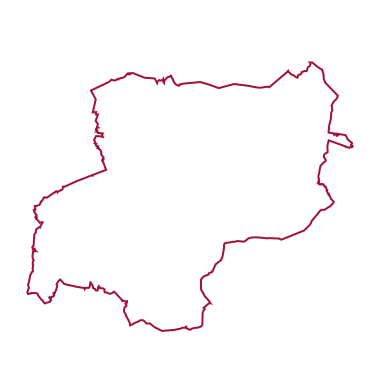 Zitácuaro, Michoacán, Mexico, rotated 6°
{"feature_id": "50627088B99906362708440", "entity_name": "Zitácuaro", "entity_type": "district", "adm_level": 2, "iso_a3": "MEX", "parent_name": "Mexico", "parent_adm1": "Michoacán", "projection": "robinson", "projection_center": [-100.356, 19.436], "detail": "fine", "context": "isolated", "style": "outline", "palette": "rose", "viewbox_px": 384, "rotation_deg": 6, "n_neighbors": 0, "source": "geoboundaries", "source_scale": "gbopen_adm2", "svg_char_len": 5885}
<svg xmlns="http://www.w3.org/2000/svg" viewBox="0 0 384 384"><g transform="rotate(6 192 192)"><path d="M285.8,230.1L307.5,218.6L312.7,212.3L313.6,210.4L314.0,208.4L320.9,198.1L321.5,197.0L322.9,196.1L325.3,195.9L326.3,195.3L331.4,191.2L333.8,188.0L333.9,186.8L330.9,184.2L328.3,179.6L328.4,180.9L328.0,180.6L327.9,179.4L328.2,179.4L328.1,179.2L327.3,179.2L325.8,176.6L326.4,176.2L326.2,175.8L325.7,175.6L324.7,173.7L324.7,173.3L324.4,173.4L324.1,173.2L323.0,172.0L322.9,172.2L322.3,171.7L322.5,171.4L322.0,171.0L321.9,170.7L321.1,170.4L319.8,170.6L319.7,170.9L319.0,171.1L317.4,170.9L317.1,170.1L317.4,169.8L317.1,169.6L317.3,168.2L317.7,167.4L316.7,168.4L317.1,167.0L317.8,166.6L316.8,166.9L316.8,165.3L316.5,165.2L316.0,163.2L316.6,159.3L316.5,157.8L317.1,152.4L320.1,148.6L321.3,147.7L321.7,146.5L321.1,145.2L319.4,143.5L319.4,141.6L320.0,140.3L322.7,138.3L321.9,132.6L321.9,131.0L322.6,126.4L340.4,130.7L340.5,131.3L342.6,131.3L343.9,131.6L344.1,131.2L346.3,130.8L347.0,130.0L346.9,129.5L346.5,129.2L345.7,128.9L345.5,129.3L345.1,128.8L346.1,126.6L341.5,123.5L338.8,119.4L330.3,118.9L331.1,120.5L330.2,121.0L327.8,118.9L327.3,119.3L327.1,120.1L326.0,118.8L321.6,118.6L321.5,112.6L321.8,108.4L322.4,105.9L322.2,98.5L323.0,96.2L322.4,93.5L321.7,91.4L323.5,87.2L326.0,84.3L327.1,81.1L313.0,69.2L310.9,64.9L311.0,63.6L310.2,60.6L308.7,56.7L306.8,56.0L303.4,54.2L298.2,50.7L295.7,50.8L296.0,51.1L296.4,52.7L295.9,54.3L295.4,55.0L294.4,55.6L293.7,57.7L293.6,59.2L293.3,59.7L292.8,60.1L291.9,59.8L291.2,59.9L288.5,61.4L288.3,62.9L287.6,63.8L285.7,64.3L284.9,67.3L283.0,66.7L281.0,65.4L278.7,64.9L277.7,64.2L276.8,63.1L275.2,62.4L274.9,61.5L273.7,63.1L257.9,79.7L256.4,79.3L248.9,81.2L244.3,81.2L237.5,80.5L222.6,80.2L207.8,85.9L197.7,83.4L188.7,81.8L172.2,85.1L168.5,86.3L168.3,87.3L167.9,87.8L164.8,86.7L162.9,85.2L162.7,84.4L161.6,83.2L161.1,81.6L160.2,81.0L159.0,78.5L158.6,78.6L157.5,79.8L155.5,80.5L153.5,83.3L152.6,85.4L152.8,86.4L151.9,85.6L151.5,82.7L150.7,84.1L149.5,84.2L148.9,84.5L148.0,84.1L147.6,84.2L146.2,85.9L146.0,87.3L143.0,83.0L132.8,83.3L120.4,79.8L119.0,80.5L118.6,80.9L118.3,80.9L117.7,80.1L117.4,80.1L117.2,80.6L117.4,81.5L116.6,81.6L115.5,80.9L115.2,81.0L114.4,82.7L112.6,84.8L111.7,85.3L106.8,87.2L106.9,87.7L105.7,87.7L103.9,89.2L100.0,88.8L99.5,89.2L99.1,90.2L96.3,92.2L80.9,101.6L86.6,109.9L85.0,123.2L88.2,122.5L88.3,124.9L90.4,124.7L89.7,127.1L88.8,131.4L91.3,134.1L90.7,137.4L91.8,137.8L90.7,138.2L90.1,138.9L89.8,140.1L90.8,140.0L91.2,141.7L91.0,141.9L91.8,141.8L92.1,143.1L97.1,143.1L96.7,143.9L96.9,144.5L96.6,144.8L97.6,146.6L94.7,146.2L90.8,146.4L89.2,150.3L90.0,151.6L89.9,151.8L90.7,153.6L90.5,153.8L91.7,153.9L91.4,154.6L91.5,155.6L92.2,155.8L92.3,156.4L93.9,156.4L93.4,158.2L94.7,158.2L94.8,158.9L96.4,159.7L96.9,160.7L97.3,161.0L97.7,162.4L97.7,163.6L97.9,164.2L99.7,166.3L100.3,166.6L100.6,168.7L99.7,168.7L99.9,169.9L99.4,170.1L99.9,171.0L100.4,171.2L104.2,179.0L91.5,185.4L91.6,186.0L90.8,185.8L76.7,193.0L64.4,200.2L63.1,200.1L62.9,200.6L63.1,202.4L62.3,203.7L60.5,204.3L59.8,205.2L58.9,205.3L58.4,206.2L58.2,205.8L57.3,205.8L56.8,205.4L55.5,207.0L55.1,206.9L52.6,209.0L48.3,212.8L45.3,212.8L44.9,214.0L44.6,214.4L44.4,215.5L42.6,217.6L42.9,218.1L42.4,218.6L42.0,220.1L41.6,220.7L40.6,221.4L37.1,222.5L37.7,223.8L37.4,225.5L37.0,225.9L37.9,225.9L37.0,228.1L39.2,230.8L39.6,230.8L39.9,231.6L38.8,233.4L39.3,233.8L39.6,234.6L40.1,234.3L39.9,235.0L41.4,236.0L43.8,238.5L45.5,237.8L46.7,237.8L44.8,241.8L44.7,243.2L43.5,243.2L41.1,245.2L40.7,247.6L41.0,248.4L39.6,250.7L40.1,261.9L39.3,262.5L39.0,263.9L39.6,264.3L39.7,265.6L41.1,265.0L41.0,265.9L42.0,266.0L42.2,266.6L42.9,267.1L42.1,267.1L41.0,267.8L40.1,268.0L40.1,272.8L40.6,274.3L40.6,275.1L41.8,276.6L41.2,277.6L40.9,278.7L41.2,279.2L41.2,280.9L41.7,281.1L41.5,285.0L42.2,287.4L41.2,288.3L39.8,291.9L39.3,297.8L38.6,301.5L39.9,304.6L39.3,305.9L38.7,309.1L39.6,310.6L40.5,310.4L41.7,309.6L42.5,309.8L43.1,309.2L46.7,308.9L48.8,309.1L49.9,311.1L53.5,314.8L54.4,315.3L57.0,318.2L62.3,316.0L62.5,315.1L63.2,314.5L61.1,311.9L61.3,311.4L63.1,311.9L63.5,310.8L64.7,310.6L65.3,309.8L65.7,308.7L64.8,307.7L64.8,306.9L65.9,307.0L66.2,306.7L66.5,305.0L67.2,303.5L67.3,301.8L67.8,300.3L67.6,298.9L66.9,298.1L68.1,295.2L70.1,292.8L74.7,296.9L86.7,298.3L95.3,298.8L95.5,299.8L96.4,298.4L99.4,298.1L99.8,297.7L100.1,296.7L100.5,293.9L100.1,291.8L102.9,295.5L103.4,296.4L103.7,297.9L105.7,298.6L106.1,299.5L106.7,299.9L108.3,299.9L108.5,296.8L109.0,295.8L109.5,297.1L110.1,296.4L110.7,297.2L113.8,297.2L115.3,298.1L115.2,299.8L115.4,300.5L115.9,300.9L116.5,301.1L117.5,300.8L120.6,301.8L121.2,301.8L123.0,301.0L124.5,299.5L125.1,299.3L134.0,307.0L133.8,307.3L134.1,307.8L135.5,307.4L137.5,307.8L138.8,307.3L139.0,308.0L138.6,309.3L138.3,309.8L137.6,310.2L138.5,311.0L138.7,311.9L138.6,312.3L137.5,313.0L137.0,314.6L136.6,316.2L136.9,318.1L139.1,320.9L139.2,322.2L139.8,322.5L140.4,323.6L141.9,325.6L143.7,328.7L144.1,329.9L144.3,331.1L144.8,331.0L148.9,328.1L151.9,326.6L153.7,325.1L155.8,324.6L156.6,324.7L158.2,325.5L160.5,327.6L163.8,327.1L169.0,330.4L176.8,333.3L188.7,331.0L195.7,328.8L196.2,328.1L199.7,327.5L200.1,326.9L200.4,325.6L200.6,328.1L204.6,329.3L206.3,327.8L209.5,326.7L211.0,326.5L213.5,325.7L215.1,324.7L215.8,323.8L216.2,322.7L215.2,311.4L216.0,308.2L216.7,307.5L216.5,307.4L216.6,306.3L215.7,305.9L221.0,300.5L222.0,300.7L220.1,298.4L215.4,294.1L212.8,290.1L212.0,289.4L211.5,288.5L211.1,287.3L210.3,280.7L210.2,277.9L212.1,275.2L214.1,273.8L216.7,272.7L217.1,272.3L217.0,271.7L217.7,270.6L219.8,269.9L220.3,269.0L220.5,269.0L220.7,268.2L220.9,268.2L223.1,261.4L228.4,256.3L228.2,255.1L228.9,254.2L229.3,250.6L229.7,243.8L229.4,241.9L229.7,239.8L230.8,239.2L235.9,237.9L237.7,237.2L239.5,237.1L242.4,236.0L248.0,236.0L249.9,235.4L252.6,232.5L255.3,231.2L259.3,230.5L264.6,230.2L270.6,230.3L275.1,229.7L283.5,229.2L285.8,230.1Z" fill="none" stroke="#9f1239" stroke-width="2"/></g></svg>